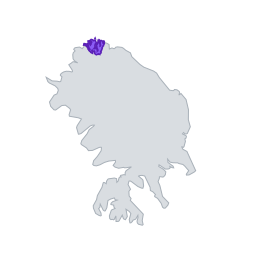 Fjarðabyggð, Austurland, Iceland (highlighted), rotated 249°
{"feature_id": "244011B48850905136863", "entity_name": "Fjarðabyggð", "entity_type": "district", "adm_level": 2, "iso_a3": "ISL", "parent_name": "Iceland", "parent_adm1": "Austurland", "projection": "mercator", "projection_center": [-13.826, 65.041], "detail": "fine", "context": "in_parent", "style": "filled", "palette": "violet", "viewbox_px": 256, "rotation_deg": 249, "n_neighbors": 0, "source": "geoboundaries", "source_scale": "gbopen_adm2", "svg_char_len": 8126}
<svg xmlns="http://www.w3.org/2000/svg" viewBox="0 0 256 256"><g transform="rotate(249 128 128)"><path d="M188.1,76.4L190.1,76.6L193.4,75.1L198.2,70.7L200.1,69.8L204.7,69.8L199.2,74.0L197.1,78.6L195.6,80.9L195.6,81.9L199.5,84.7L201.3,83.7L202.2,84.1L202.9,85.4L203.4,88.0L203.1,90.7L202.0,93.4L200.4,95.7L200.6,96.4L201.9,96.7L208.3,95.4L209.0,98.7L209.5,99.8L209.4,100.9L206.8,104.4L209.8,102.2L212.2,101.5L216.2,102.7L217.9,103.9L218.9,106.2L220.9,105.5L221.8,106.7L221.8,108.1L220.9,111.8L218.5,113.7L219.9,116.3L221.2,116.4L221.4,117.0L221.2,118.6L219.4,120.4L222.4,122.5L222.8,123.3L222.6,125.6L222.1,126.9L221.2,127.7L219.0,127.9L217.6,128.7L218.1,130.2L217.7,134.1L215.9,137.3L214.3,139.0L212.7,140.2L208.4,138.9L208.5,141.7L207.0,143.4L207.3,144.8L207.8,145.5L207.5,147.3L205.5,151.1L204.1,152.3L201.3,153.8L197.3,157.2L193.2,157.1L183.1,161.9L179.1,164.6L172.0,172.3L169.0,174.4L163.9,175.3L148.4,180.4L146.7,183.4L146.6,184.1L147.3,185.2L146.1,187.4L143.8,188.9L142.7,188.9L140.8,187.6L140.6,188.2L141.3,189.8L133.8,192.4L123.4,191.0L114.1,187.3L106.8,186.6L101.6,181.4L101.5,180.6L102.1,179.0L103.9,178.3L103.0,176.7L99.9,179.5L98.9,179.4L97.6,178.3L97.5,177.2L94.9,176.8L90.4,173.5L90.1,172.7L91.2,171.6L90.9,171.4L88.5,171.6L85.0,174.6L63.9,175.9L63.2,174.2L62.3,168.2L63.1,165.7L64.0,165.9L66.4,169.4L72.0,167.4L74.3,166.2L76.5,162.9L77.7,161.8L79.4,157.6L81.1,155.0L84.7,153.8L81.5,153.0L76.2,156.4L74.4,156.4L75.2,154.9L77.1,153.3L75.8,153.2L75.3,152.4L75.3,150.8L76.2,148.3L82.5,143.8L81.0,142.9L76.6,146.4L73.5,147.6L70.9,146.0L69.7,143.8L69.7,142.9L71.2,140.2L71.0,139.7L70.0,139.4L67.2,136.9L62.7,137.1L51.8,135.7L43.5,139.2L41.6,137.5L39.9,134.1L40.3,132.7L41.7,131.9L45.7,132.0L51.7,130.4L54.4,128.3L55.4,128.8L56.0,129.8L59.6,128.3L61.6,126.5L64.8,127.4L77.2,126.4L78.8,124.0L79.5,121.2L79.2,120.6L74.6,123.2L73.6,123.2L68.3,121.8L66.4,120.3L67.1,119.0L69.8,116.3L77.0,111.8L77.9,110.9L78.0,109.8L75.2,107.8L69.9,108.4L68.5,106.1L64.1,104.7L61.1,105.6L59.6,104.2L42.1,111.4L36.5,108.1L32.4,107.5L32.1,106.5L34.4,103.3L36.0,102.7L37.7,103.0L40.7,105.2L42.9,105.9L40.2,102.6L40.1,99.5L39.2,98.7L38.4,96.6L38.8,95.8L42.0,96.3L47.1,100.0L49.6,99.3L52.9,97.0L45.5,95.6L43.3,92.7L44.9,91.2L48.7,91.4L44.5,86.4L44.3,85.5L45.0,83.3L50.3,85.2L47.5,82.3L47.4,81.6L48.2,81.0L48.6,79.2L49.9,78.5L52.6,79.1L56.8,82.6L57.4,83.5L57.5,87.1L59.1,86.5L61.1,87.0L62.7,84.6L63.8,85.2L64.7,87.3L64.6,92.0L65.7,90.3L67.6,90.2L67.9,86.4L67.5,83.3L61.2,79.7L58.8,77.1L59.0,76.2L60.3,75.4L66.9,74.8L64.0,73.3L63.3,71.7L58.3,72.3L55.8,71.6L55.8,70.8L56.8,69.6L59.8,67.2L65.6,67.0L67.9,67.7L72.4,73.0L75.9,75.2L81.9,82.4L85.7,85.2L85.9,85.9L85.2,86.7L83.8,87.7L86.0,88.9L87.4,90.8L87.5,91.6L86.2,97.3L84.8,99.2L81.3,98.1L82.1,99.9L84.7,101.8L85.2,102.9L84.8,104.0L86.0,103.7L86.4,104.3L85.9,107.5L85.2,108.6L87.3,109.3L88.8,110.9L90.5,117.3L91.5,112.4L92.0,110.6L92.8,109.9L93.8,104.8L96.2,101.8L98.4,100.7L100.7,104.2L102.3,104.6L104.0,98.3L104.3,93.7L103.7,88.5L104.0,84.9L105.2,82.7L106.6,82.0L109.8,84.2L112.5,89.3L116.4,94.8L119.2,96.2L119.7,96.0L120.2,94.2L119.8,86.9L121.0,83.0L124.3,82.1L129.3,78.5L130.4,78.4L132.9,80.4L137.3,87.8L140.4,91.2L142.0,96.6L142.7,97.6L143.4,96.0L143.5,93.6L139.7,82.3L139.7,80.7L140.0,79.5L146.8,80.1L148.4,81.4L153.1,87.8L155.4,85.2L160.0,77.5L161.6,77.8L165.5,80.9L167.1,80.6L171.7,77.8L172.7,74.3L170.7,66.9L171.5,65.4L175.8,63.6L180.4,64.0L185.2,70.8L185.3,73.9L188.1,76.4Z" fill="#d9dde1" stroke="#a8b0b8" stroke-width="1"/><path d="M211.9,120.3L211.4,120.9L211.1,121.1L210.6,121.3L210.3,121.7L210.5,121.8L210.6,121.7L211.3,122.0L211.6,121.9L212.6,122.2L213.4,122.0L213.6,122.5L211.9,123.0L211.6,122.9L211.5,123.8L211.8,124.1L211.2,124.3L209.3,123.6L207.8,124.5L207.6,124.9L207.7,125.1L207.7,125.3L207.7,125.5L207.8,125.8L207.4,126.5L207.5,126.9L207.7,127.0L207.1,127.5L206.9,127.9L206.7,128.1L207.2,128.4L207.4,128.7L207.7,129.4L207.8,129.8L208.0,129.8L208.6,130.2L209.1,129.9L209.3,129.9L209.5,130.2L209.6,130.6L209.8,130.8L209.9,131.1L210.2,131.2L210.4,131.4L210.8,131.6L210.9,131.8L211.0,132.1L211.2,132.4L212.1,132.4L212.3,132.6L212.6,133.2L212.9,133.4L213.0,133.6L213.2,133.9L213.4,133.9L213.5,134.5L213.9,134.6L214.0,134.8L214.1,135.0L214.4,135.2L214.6,135.4L214.8,135.5L214.9,135.8L215.4,135.9L215.4,136.2L215.7,136.2L216.0,136.2L216.2,136.4L216.5,136.4L216.6,136.5L216.8,136.5L217.1,136.8L217.5,136.5L217.8,136.7L218.0,136.4L217.7,136.2L217.6,136.3L216.8,135.8L215.9,135.3L215.9,135.2L216.3,135.0L217.0,135.2L217.2,135.3L217.3,135.4L217.6,135.4L217.7,135.5L217.8,135.5L218.0,135.5L218.3,135.4L218.6,135.0L218.8,134.9L219.1,134.7L219.3,134.4L219.4,133.9L219.2,133.7L218.9,133.6L218.6,133.4L218.5,133.2L218.3,133.2L218.2,133.1L218.1,132.9L217.8,132.8L217.8,132.7L217.7,132.6L216.4,132.3L215.2,132.1L214.6,131.8L214.3,131.5L214.3,131.4L214.2,131.4L214.4,131.3L214.4,131.2L215.7,131.8L216.5,131.8L216.9,131.7L217.1,131.8L217.5,131.6L218.1,132.0L218.3,132.0L218.5,132.1L218.8,132.1L219.1,132.1L219.5,132.2L219.5,132.3L219.5,132.2L219.8,132.1L220.2,132.2L220.3,132.1L220.6,132.1L220.6,131.9L220.6,131.6L220.6,131.2L220.6,130.9L220.6,131.1L220.1,131.2L219.9,131.0L219.3,131.0L218.9,130.8L218.8,130.7L218.7,130.6L218.5,130.4L218.5,130.1L218.1,130.0L217.9,129.8L217.7,129.6L217.3,129.5L217.2,129.3L217.3,129.1L217.1,128.9L217.1,128.7L216.9,128.5L216.6,128.4L216.5,128.1L216.3,128.1L216.2,128.2L215.5,128.2L215.2,128.0L214.8,127.9L214.7,128.0L214.0,127.7L212.7,127.9L211.9,127.9L211.5,127.7L211.3,127.7L210.9,127.6L210.9,127.4L211.0,127.4L211.0,127.2L210.9,127.0L211.3,127.2L211.6,127.1L212.5,127.4L212.8,127.2L213.2,127.3L213.5,127.1L213.7,126.9L214.1,126.9L214.6,126.7L214.6,126.8L214.6,126.7L214.9,126.8L215.3,126.7L215.2,126.5L214.9,126.3L214.7,125.9L214.4,125.4L214.4,125.2L214.5,125.3L214.4,125.3L214.5,125.2L214.5,125.3L214.8,125.3L214.7,125.3L215.2,125.9L215.2,126.0L215.3,126.0L215.8,126.3L216.7,126.5L217.3,127.0L217.5,127.0L217.8,127.4L218.1,127.5L218.2,127.8L218.3,127.8L218.4,128.0L218.5,128.3L218.6,128.5L218.7,128.8L218.8,128.9L219.1,129.0L219.4,128.9L220.0,129.0L220.4,128.9L221.0,129.0L221.7,128.7L221.8,128.7L222.0,128.5L222.1,128.2L222.1,127.9L221.7,127.5L221.9,127.0L222.1,126.9L222.2,127.0L223.0,126.6L223.3,126.2L223.5,125.9L223.8,125.6L223.9,125.3L223.9,125.1L223.8,124.9L223.5,124.9L223.3,124.9L223.2,124.7L223.1,124.4L223.2,124.2L223.4,123.8L223.4,123.7L223.4,123.4L223.4,123.0L223.3,122.8L223.4,122.6L223.6,122.1L223.5,121.9L223.5,121.7L223.4,121.7L223.3,121.9L223.2,122.0L223.1,122.3L222.9,122.3L222.8,122.5L222.7,122.5L222.6,122.8L222.6,123.0L222.4,123.4L222.3,123.7L222.2,123.9L222.2,124.0L221.8,124.5L221.5,124.9L221.3,124.8L221.6,123.9L221.6,123.7L220.8,124.0L220.4,124.1L220.3,123.9L220.3,124.1L220.2,124.0L220.3,123.9L220.7,123.8L220.7,123.7L221.1,123.4L221.2,123.2L220.9,123.0L220.4,122.9L220.0,123.0L219.9,122.9L219.8,123.0L219.5,123.2L219.4,123.1L219.5,123.1L219.4,123.0L219.8,122.9L219.7,122.8L219.3,123.0L219.3,122.9L219.5,122.8L219.7,122.7L219.7,122.8L219.6,122.7L219.8,122.7L219.7,122.6L219.8,122.5L220.0,122.3L220.4,122.3L220.7,122.4L221.1,122.2L221.4,121.9L221.6,121.3L221.7,121.1L221.7,120.8L221.6,120.6L221.2,120.3L220.9,120.5L220.6,120.6L220.0,120.6L219.8,120.7L218.7,120.7L217.9,120.3L217.2,120.2L216.6,120.4L215.0,120.7L214.8,120.5L215.1,120.4L216.2,120.2L217.2,119.8L218.9,120.0L219.5,119.9L219.8,119.8L220.5,119.7L221.2,119.4L221.4,119.2L221.5,119.1L221.5,118.9L221.7,118.7L221.8,118.5L222.0,118.3L222.0,118.2L222.1,117.8L222.3,117.7L222.6,117.3L222.5,117.1L222.3,117.1L222.2,116.9L221.7,116.8L221.7,116.6L221.4,116.5L221.2,116.3L221.1,116.5L221.1,116.8L221.2,117.2L220.7,117.5L220.6,118.0L220.1,118.0L219.9,118.3L219.3,118.3L219.1,118.5L219.0,118.8L218.3,119.0L217.9,118.8L217.0,119.0L216.4,119.3L215.9,119.3L215.7,119.0L215.2,119.3L214.7,119.2L213.3,119.7L212.9,120.0L212.6,120.4L211.9,120.3ZM220.6,132.5L220.4,132.6L220.4,132.9L220.5,132.9L220.6,132.5ZM223.6,129.3L223.5,129.2L223.4,129.3L223.5,129.4L223.4,129.5L223.6,129.5L223.5,129.4L223.6,129.3ZM221.8,132.5L221.6,132.5L221.8,132.5ZM220.0,132.9L220.1,132.7L220.0,132.8L220.0,132.9ZM223.3,130.0L223.4,129.9L223.3,130.0Z" fill="#8b5cf6" stroke="#5b21b6" stroke-width="1.5"/></g></svg>